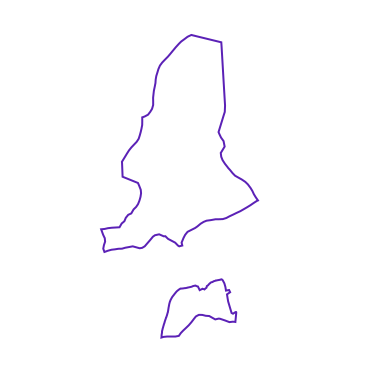 outline of Al Mahabishah, Hajjah, Yemen, rotated 237°
{"feature_id": "15242507B79718880947555", "entity_name": "Al Mahabishah", "entity_type": "district", "adm_level": 2, "iso_a3": "YEM", "parent_name": "Yemen", "parent_adm1": "Hajjah", "projection": "mercator", "projection_center": [43.424, 15.924], "detail": "fine", "context": "isolated", "style": "outline", "palette": "violet", "viewbox_px": 384, "rotation_deg": 237, "n_neighbors": 0, "source": "geoboundaries", "source_scale": "gbopen_adm2", "svg_char_len": 4401}
<svg xmlns="http://www.w3.org/2000/svg" viewBox="0 0 384 384"><g transform="rotate(237 192 192)"><path d="M149.0,242.7L149.4,242.7L153.0,242.6L156.5,242.7L160.0,243.2L163.5,243.3L168.0,243.0L171.5,242.2L175.5,240.5L178.9,238.7L182.2,237.0L185.7,236.3L189.6,235.9L192.7,235.4L193.3,235.4L197.7,235.0L200.3,235.0L202.1,235.0L205.6,235.7L209.1,237.4L209.2,237.7L212.3,244.1L217.5,246.2L221.9,246.0L225.6,246.5L227.8,246.9L239.6,261.0L241.3,263.1L246.5,266.8L266.4,278.1L298.0,296.1L301.6,298.1L324.1,276.9L324.6,272.8L324.3,268.6L324.1,264.9L323.4,261.6L322.2,257.1L320.9,252.9L319.6,248.8L318.6,245.4L317.7,241.3L316.8,237.5L315.5,234.0L313.4,230.8L311.1,228.1L308.7,225.2L306.1,222.8L303.3,220.7L300.6,218.1L297.7,215.2L294.9,212.9L292.2,210.7L289.0,208.7L286.1,206.8L283.5,203.8L282.0,200.7L280.8,197.3L280.8,197.0L281.1,193.4L281.7,190.9L281.3,190.7L280.3,190.0L278.4,188.8L275.3,186.7L272.6,184.1L270.2,181.6L267.9,179.0L265.7,176.3L264.2,172.9L263.3,169.1L262.4,165.4L261.2,161.8L259.6,158.3L258.1,155.2L255.5,149.7L254.2,149.0L242.6,142.1L229.0,151.6L225.4,151.0L225.1,150.9L223.1,150.5L221.7,150.2L218.7,148.6L216.0,146.2L214.5,144.5L213.3,143.1L211.2,140.1L209.9,137.0L209.2,133.5L207.1,129.4L207.6,126.1L206.4,122.4L204.4,119.5L204.2,118.5L203.9,115.9L201.9,112.0L205.7,105.3L207.4,101.9L208.6,98.6L210.2,95.5L204.6,94.2L202.5,93.9L200.8,93.7L197.7,92.1L195.4,89.2L192.8,86.7L189.4,85.9L188.6,89.3L187.5,92.8L187.2,93.5L185.9,96.1L184.5,99.3L182.6,102.4L181.9,104.7L181.6,105.7L180.1,109.3L178.7,112.7L176.0,115.1L175.2,115.8L173.3,117.5L172.3,119.8L172.2,122.8L174.2,129.7L174.3,130.1L175.3,133.3L175.8,134.8L175.9,137.4L174.4,141.4L170.2,144.2L169.4,145.6L167.9,145.9L165.7,146.4L158.7,150.3L155.6,150.9L154.6,151.1L153.4,151.7L152.4,154.7L155.2,155.7L158.1,159.9L159.8,162.9L160.9,166.2L161.0,166.7L160.4,172.3L160.1,175.0L160.2,177.8L160.7,182.0L160.6,185.5L160.1,188.1L160.0,188.6L158.2,192.4L156.4,196.7L154.5,199.7L152.5,203.1L151.5,206.6L151.2,210.2L150.6,214.5L150.2,217.9L149.6,222.0L149.4,225.8L149.2,229.9L149.1,233.7L149.2,237.7L149.2,241.6L149.0,242.7ZM59.4,157.6L66.7,163.4L67.2,163.6L67.6,163.1L67.6,160.1L69.0,159.3L80.5,162.7L84.0,164.2L87.1,165.6L87.2,169.4L89.6,169.7L90.8,166.8L94.2,168.3L97.8,169.4L101.3,169.7L102.6,169.3L102.7,169.0L102.9,168.5L103.1,168.1L103.1,167.6L103.5,166.9L103.6,166.5L103.8,166.1L104.0,165.6L104.2,165.1L104.4,164.6L104.5,164.2L104.8,163.9L104.8,163.6L104.9,163.1L105.0,162.6L105.2,162.0L105.4,161.4L105.3,160.2L105.8,159.0L105.8,158.3L105.8,157.9L105.6,157.6L105.6,156.8L105.5,156.3L105.4,155.9L105.2,155.2L105.0,154.7L105.0,153.2L103.9,152.1L103.8,151.5L103.8,150.9L103.5,149.4L104.2,149.0L104.4,148.7L104.8,148.2L105.1,148.1L105.5,145.0L109.5,145.5L110.5,144.6L110.9,144.3L111.3,144.2L111.6,144.0L111.8,143.5L112.1,142.9L112.2,142.5L112.4,142.0L112.6,141.4L112.6,141.0L112.7,140.5L112.8,140.0L113.1,139.2L113.3,138.6L113.4,138.3L113.7,137.6L113.8,137.2L114.1,136.7L114.2,136.1L114.5,135.4L114.7,134.8L115.0,134.1L115.3,133.6L115.6,132.9L115.9,132.2L116.3,131.4L116.8,130.5L117.0,130.0L117.3,129.7L117.3,129.3L117.3,128.7L117.3,128.2L117.3,127.8L117.2,127.2L117.2,126.6L117.1,125.9L117.0,125.2L116.8,124.3L116.6,123.9L116.5,123.4L116.1,122.2L115.9,121.6L115.6,120.8L115.3,119.9L115.0,119.0L114.8,118.4L114.6,118.1L114.4,117.6L114.2,117.2L114.0,116.9L113.7,116.3L113.5,116.0L113.3,115.5L112.9,115.0L112.6,114.5L112.3,114.2L112.2,113.9L111.9,113.6L111.7,113.3L111.3,112.9L110.7,112.2L110.4,111.9L109.8,111.3L109.5,111.1L109.2,110.7L108.9,110.5L108.2,109.8L107.7,109.3L107.3,109.0L106.6,108.3L106.3,108.1L106.0,107.8L105.5,107.4L105.1,106.9L104.5,106.5L104.2,106.1L103.9,105.7L103.2,104.9L102.8,104.5L102.6,104.2L102.1,103.7L101.7,103.1L101.0,102.3L100.8,101.8L100.3,101.3L99.9,100.8L99.4,100.1L98.8,99.4L98.5,99.0L98.2,98.6L97.6,98.0L97.3,97.7L97.1,97.3L96.7,96.9L96.5,96.6L96.3,96.3L96.0,96.0L95.6,95.6L95.3,95.2L94.7,94.5L94.2,94.0L93.8,93.5L93.6,93.2L93.3,92.9L92.9,92.5L92.5,92.1L92.0,91.5L91.5,91.0L90.9,90.6L90.2,90.1L89.8,89.7L89.4,89.3L88.9,88.9L88.4,88.4L87.9,88.2L87.4,87.8L87.1,87.5L86.6,87.1L86.0,89.2L84.4,92.3L82.5,95.3L79.9,99.2L78.5,102.6L79.8,105.8L80.6,109.2L81.3,113.1L82.0,116.7L83.1,120.5L84.3,123.9L84.4,124.1L85.5,127.4L85.4,129.1L85.2,130.9L83.3,133.7L80.7,136.1L78.6,138.9L72.5,142.1L71.3,145.4L70.5,146.4L66.2,149.8L62.5,152.5L61.0,155.6L59.6,157.4L59.4,157.6Z" fill="none" stroke="#5b21b6" stroke-width="2"/></g></svg>